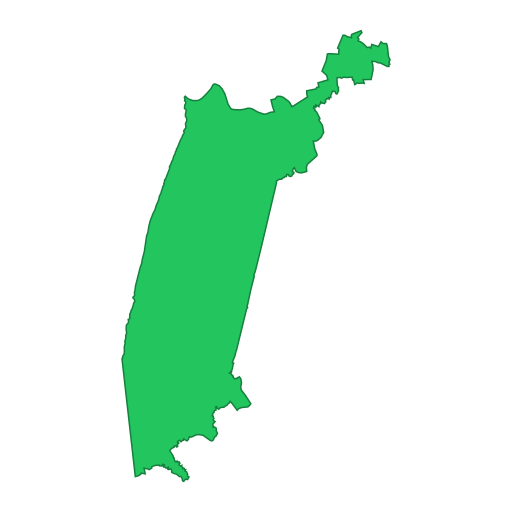 outline of Amphawa, Samut Songkhram, Thailand
{"feature_id": "78962969B68169586280131", "entity_name": "Amphawa", "entity_type": "district", "adm_level": 2, "iso_a3": "THA", "parent_name": "Thailand", "parent_adm1": "Samut Songkhram", "projection": "robinson", "projection_center": [99.924, 13.363], "detail": "fine", "context": "isolated", "style": "filled", "palette": "green", "viewbox_px": 512, "rotation_deg": 0, "n_neighbors": 0, "source": "geoboundaries", "source_scale": "gbopen_adm2", "svg_char_len": 6020}
<svg xmlns="http://www.w3.org/2000/svg" viewBox="0 0 512 512"><path d="M386.2,43.5L383.3,43.6L381.0,41.8L378.4,46.6L371.8,44.4L370.8,48.1L369.3,47.1L367.1,47.5L363.0,43.4L360.3,41.7L358.1,40.9L358.9,39.1L357.5,37.5L361.9,32.6L361.1,30.7L351.9,34.3L351.3,35.1L351.6,37.3L351.1,37.8L350.0,37.2L347.7,36.8L344.7,35.2L343.0,35.2L337.6,48.1L339.0,49.1L338.6,54.2L329.9,53.7L327.4,53.9L326.2,60.7L322.0,71.1L326.7,75.4L327.9,79.9L318.0,82.8L318.8,87.0L316.6,87.5L316.1,88.9L306.7,90.8L306.8,94.4L307.7,96.8L292.4,106.6L291.7,106.6L291.5,105.5L290.9,105.1L290.1,103.2L288.6,101.3L283.3,97.4L280.8,96.4L277.3,96.3L275.1,98.9L271.0,99.9L272.4,105.8L274.3,111.8L270.5,112.3L265.8,114.1L263.5,114.0L258.1,112.2L252.3,108.9L249.5,108.2L247.9,108.2L244.5,109.2L239.6,109.9L233.0,109.5L231.3,109.0L230.1,107.6L228.0,103.9L224.8,93.7L222.0,88.7L219.2,85.7L215.4,84.0L214.2,84.0L213.1,84.7L210.7,89.0L207.0,93.2L202.0,98.3L199.0,100.1L197.0,100.6L192.5,100.5L188.1,98.8L185.2,96.2L184.3,97.4L184.9,99.1L184.6,100.8L185.6,101.7L185.8,102.6L185.6,103.6L184.7,105.2L184.5,108.2L184.6,108.7L185.8,109.2L186.2,110.2L185.4,114.4L185.5,116.8L186.2,117.3L186.6,118.1L186.7,120.9L185.5,123.5L185.9,127.4L185.3,128.8L184.5,129.3L183.6,131.5L184.3,132.0L184.1,133.0L182.3,136.0L182.2,137.2L180.7,139.5L177.4,147.7L176.4,149.1L176.4,150.6L175.5,151.6L175.2,153.5L173.8,156.1L172.4,160.7L171.8,161.3L170.5,165.0L170.0,165.4L170.0,166.2L169.4,166.9L169.7,168.3L165.5,179.2L164.9,179.5L164.5,180.4L164.5,182.2L163.8,183.3L164.2,184.0L162.8,186.7L162.8,187.6L162.3,188.2L162.2,189.4L161.5,190.9L161.0,193.1L159.4,196.2L158.7,199.8L156.0,206.1L155.0,209.7L152.9,213.8L150.2,220.9L148.8,226.4L147.9,232.3L146.6,235.9L144.3,251.7L142.3,259.4L141.5,263.9L140.3,267.0L135.5,286.0L135.0,290.3L134.4,292.5L134.6,295.2L134.2,296.1L132.9,297.3L133.0,297.9L134.3,299.3L134.9,301.3L133.7,303.0L132.9,306.6L132.4,307.2L132.3,308.7L131.3,309.9L130.6,312.6L129.8,314.0L129.6,317.4L129.9,318.3L129.1,319.1L128.2,319.4L128.5,321.2L128.3,322.8L126.4,325.1L126.1,328.4L126.6,333.7L125.7,335.2L125.8,337.7L124.8,341.8L125.2,343.0L124.2,347.3L124.4,348.9L124.2,353.8L123.0,355.7L122.5,357.1L122.5,358.5L122.0,358.8L135.3,476.6L138.9,475.6L139.3,475.0L140.6,474.5L141.3,473.1L145.2,473.9L144.1,468.2L148.0,469.0L149.1,469.7L151.7,468.1L151.7,466.8L153.6,465.9L156.8,465.1L157.9,465.4L159.2,465.1L159.8,466.0L161.5,465.9L162.8,464.2L163.3,464.7L164.4,464.8L164.2,465.4L163.1,466.3L163.5,467.0L164.6,466.8L166.1,468.2L168.3,467.1L168.4,468.2L167.8,468.7L167.8,469.2L168.8,469.6L170.7,468.8L171.8,470.6L171.6,471.8L171.8,472.4L173.7,473.4L176.6,474.2L179.4,476.6L180.5,476.5L181.3,476.9L182.4,479.2L182.4,480.3L183.2,481.3L183.8,481.3L185.3,479.4L186.1,479.2L187.4,479.6L188.8,477.5L188.9,476.9L188.2,476.8L187.8,476.1L187.5,475.4L187.6,474.1L186.5,471.7L184.9,470.8L185.5,469.7L184.8,469.8L184.3,468.5L183.1,468.7L183.4,468.0L182.3,467.6L182.0,466.5L181.4,466.3L181.6,465.5L180.7,466.0L179.1,465.1L179.4,464.4L179.2,463.8L179.9,463.3L179.3,462.0L177.8,461.7L177.3,462.0L177.0,461.2L176.6,461.8L175.2,461.6L174.7,460.2L174.2,459.6L174.0,457.7L173.3,457.2L173.1,455.8L169.8,450.8L171.5,448.4L174.1,447.3L174.2,446.1L175.8,445.9L176.7,447.0L177.7,446.5L177.7,446.0L176.8,445.4L177.7,444.3L177.6,442.7L178.5,443.4L178.8,443.2L177.9,441.4L178.2,440.7L179.9,440.3L180.5,441.6L181.2,441.7L182.1,440.6L183.4,440.2L183.4,439.2L183.7,438.8L186.4,440.7L187.2,440.8L188.5,439.2L189.3,436.7L190.3,437.1L191.6,437.0L196.2,434.8L198.5,434.6L202.9,435.2L210.3,440.5L211.9,440.9L213.0,440.4L214.6,437.2L215.0,436.6L215.9,436.3L217.5,433.3L216.3,430.9L216.2,428.2L214.6,427.0L213.4,427.4L213.0,427.1L213.2,426.0L212.8,424.1L215.1,421.6L213.2,420.2L213.9,418.3L213.3,417.1L213.2,416.1L212.1,415.8L213.3,412.8L213.9,412.6L214.2,412.0L214.2,411.3L214.6,410.4L215.9,410.2L216.1,408.6L215.6,406.9L216.7,406.6L217.0,408.1L218.7,409.2L220.0,407.9L221.7,407.3L223.8,407.3L225.7,405.8L226.9,405.4L228.1,403.7L229.4,402.9L230.1,401.4L232.3,403.7L237.2,410.3L238.7,408.6L241.9,407.5L248.0,406.9L248.5,406.1L249.5,405.6L250.8,403.7L245.7,395.8L241.3,390.0L240.7,387.1L241.5,382.9L240.9,379.1L240.1,377.7L239.3,376.8L238.5,377.5L237.4,377.6L236.8,378.6L234.5,378.7L233.1,377.0L233.2,376.1L232.5,376.0L232.1,375.0L230.3,373.4L229.5,373.1L230.4,372.1L230.8,372.8L231.2,372.7L231.7,371.5L231.6,370.4L232.3,368.9L233.2,363.9L233.7,363.3L233.5,363.1L233.0,363.4L232.9,362.8L232.3,362.4L235.0,355.7L236.0,351.2L236.5,350.2L246.4,309.7L246.8,308.5L247.6,307.7L247.0,305.9L247.5,305.1L250.9,289.3L254.3,276.1L253.7,275.3L254.8,272.7L255.9,268.9L261.3,247.0L276.4,183.2L276.6,180.9L279.3,179.3L281.7,179.2L282.7,178.0L284.2,177.5L284.9,176.6L286.4,176.5L286.7,174.5L287.5,174.7L288.2,174.4L288.9,175.9L289.6,176.3L290.8,176.5L291.9,175.8L292.4,174.2L293.5,174.0L293.9,172.9L293.8,172.2L292.4,171.5L292.2,170.9L292.9,169.9L293.3,168.7L294.4,167.7L295.9,171.1L296.8,171.8L298.7,172.6L300.8,172.9L302.7,172.6L306.7,171.5L306.4,167.1L307.4,164.3L317.0,155.7L317.0,154.3L314.8,149.0L313.3,141.2L316.8,140.9L319.7,138.6L321.4,137.0L322.2,134.8L323.7,132.6L322.4,125.4L318.7,119.7L318.8,119.4L319.9,118.9L319.9,118.5L316.6,112.0L314.7,110.2L315.0,109.1L313.6,108.2L313.8,106.4L314.4,106.2L314.9,107.0L315.8,107.2L316.2,106.6L315.8,105.8L315.9,104.9L318.9,106.7L319.1,105.3L320.5,103.5L320.8,102.0L322.0,103.1L324.6,103.5L325.0,102.5L325.8,101.9L325.4,100.2L326.8,98.7L328.0,98.9L328.4,97.8L329.2,98.8L329.5,97.6L330.8,97.6L330.8,95.1L331.4,94.4L331.9,92.2L332.6,91.8L332.6,91.1L335.0,91.5L335.8,93.5L336.7,94.0L337.4,93.6L338.0,91.6L338.6,90.9L338.3,88.7L338.6,87.7L337.7,86.5L337.3,85.0L336.9,77.9L339.9,77.4L341.6,78.2L343.5,77.2L347.0,77.5L352.1,77.1L352.6,80.0L353.6,79.9L354.7,84.6L357.5,82.9L359.2,83.4L362.1,83.0L364.2,83.4L363.1,79.6L371.1,79.5L373.1,69.7L372.8,65.0L371.9,61.3L375.7,61.6L377.6,62.7L380.4,63.0L387.4,66.5L389.0,66.4L388.8,64.7L389.8,64.2L388.9,62.6L389.4,62.1L389.3,60.8L389.8,60.4L390.0,59.7L388.5,56.5L387.5,47.2L386.8,44.1L386.2,43.5Z" fill="#22c55e" stroke="#15803d" stroke-width="1.5"/></svg>